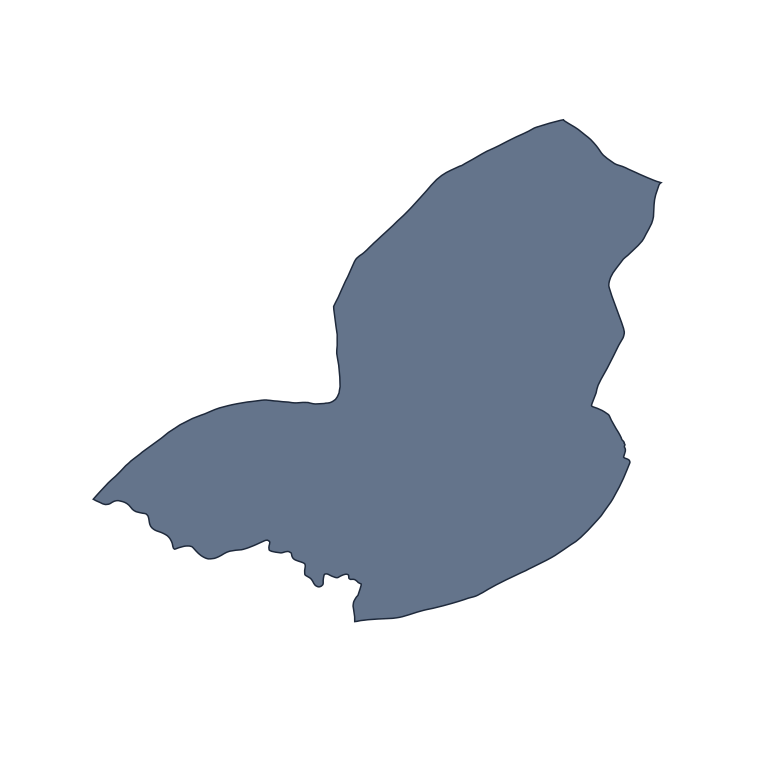 Cho Moi, An Giang, Vietnam, rotated 81°
{"feature_id": "81297802B9073555262789", "entity_name": "Cho Moi", "entity_type": "district", "adm_level": 2, "iso_a3": "VNM", "parent_name": "Vietnam", "parent_adm1": "An Giang", "projection": "equal_earth", "projection_center": [105.483, 10.456], "detail": "fine", "context": "isolated", "style": "filled", "palette": "slate", "viewbox_px": 768, "rotation_deg": 81, "n_neighbors": 0, "source": "geoboundaries", "source_scale": "gbopen_adm2", "svg_char_len": 6155}
<svg xmlns="http://www.w3.org/2000/svg" viewBox="0 0 768 768"><g transform="rotate(81 384 384)"><path d="M184.9,289.4L187.1,294.5L190.3,300.0L195.1,306.3L200.2,312.3L206.9,320.6L213.7,329.1L217.4,334.0L220.6,338.4L225.2,345.3L229.0,350.6L237.7,363.7L240.9,368.4L243.1,371.8L247.4,377.9L248.9,379.9L251.3,383.6L252.1,385.0L253.5,388.0L254.7,390.0L255.6,391.4L256.5,392.4L258.3,393.9L262.7,396.8L272.3,403.0L276.1,405.8L284.6,411.4L291.3,415.7L295.9,419.1L299.5,421.6L302.2,421.9L309.2,422.1L319.4,422.4L327.9,422.5L332.1,423.2L338.6,424.2L343.4,425.4L346.4,425.9L351.6,425.9L358.4,425.8L370.5,426.6L379.8,427.8L383.2,429.0L385.8,429.8L389.2,432.0L391.6,434.3L392.9,436.8L393.6,438.7L394.0,440.7L394.0,442.6L393.8,444.6L393.9,446.1L393.0,454.9L392.4,457.1L391.1,460.4L390.5,461.6L390.2,462.9L389.5,466.9L389.0,473.1L388.7,475.1L388.0,477.9L386.9,481.3L385.7,486.6L384.3,491.7L383.5,495.2L382.4,498.9L381.8,501.4L381.4,502.7L381.1,504.6L380.9,507.3L380.8,511.0L380.6,517.6L380.4,521.8L380.5,531.6L380.7,537.0L381.0,541.2L381.9,550.3L382.8,555.1L384.0,560.0L385.5,565.9L386.1,569.3L388.1,578.6L392.3,591.6L398.1,604.5L402.7,612.4L405.2,617.3L413.4,633.4L415.0,636.0L419.0,643.4L420.5,646.1L422.2,648.5L424.3,651.9L428.9,657.8L433.1,663.6L435.9,668.0L438.4,671.7L445.8,681.2L448.2,684.2L452.3,689.2L454.3,686.6L456.6,683.0L458.2,680.8L458.9,679.4L459.5,677.9L459.6,676.3L459.6,674.6L459.2,673.0L458.3,671.0L457.6,668.8L457.4,666.6L457.6,664.7L458.3,662.9L459.4,660.3L460.5,658.4L462.0,656.5L463.9,654.8L468.4,652.1L470.0,650.6L471.3,648.9L472.7,645.7L473.8,642.8L474.5,640.5L475.2,639.2L476.1,638.5L477.6,637.7L479.1,637.5L480.3,637.4L484.0,637.4L485.7,637.3L487.8,636.8L488.8,636.3L489.7,635.8L491.2,634.5L492.3,633.3L493.4,631.7L495.7,627.4L497.0,625.4L498.4,623.5L500.0,621.7L501.8,620.4L503.2,619.6L505.7,618.7L507.6,618.2L509.5,618.0L511.0,618.0L513.1,617.7L513.9,617.2L514.4,616.6L514.3,615.7L513.6,612.3L513.1,607.9L513.0,606.1L513.1,604.5L513.3,603.0L513.6,601.5L514.0,600.5L514.5,599.4L514.9,598.9L515.8,598.2L519.5,595.8L522.3,593.8L525.0,591.4L526.6,589.5L527.9,587.7L528.4,586.8L528.9,585.8L529.3,584.6L529.6,582.2L529.7,578.9L529.5,577.6L529.2,576.2L528.8,574.6L527.7,571.3L526.6,568.7L525.6,565.7L525.2,563.6L525.0,562.3L525.0,561.1L525.0,558.7L525.0,556.4L525.4,550.8L525.3,549.1L524.8,545.3L524.4,543.1L523.8,540.5L523.2,537.8L522.5,535.1L521.5,531.6L520.0,526.1L519.9,525.3L519.9,524.3L520.0,523.6L520.3,523.1L520.9,522.5L521.5,521.8L522.0,521.6L522.5,521.6L523.0,521.7L524.5,522.2L525.8,522.8L527.5,523.3L529.5,523.4L530.1,523.3L530.6,522.8L531.1,522.1L531.8,520.9L532.2,519.8L533.1,517.5L534.7,512.2L534.7,511.5L534.7,510.5L534.3,507.9L534.3,506.6L534.3,505.8L534.4,505.0L534.7,504.2L535.6,503.0L536.0,502.5L536.3,502.2L536.9,502.0L539.5,501.9L541.0,501.5L541.9,501.1L542.7,500.5L543.4,499.8L544.3,498.5L545.7,496.0L546.8,493.8L547.7,492.2L548.2,491.4L548.9,490.7L549.4,490.3L550.3,490.2L551.3,490.2L552.2,490.4L556.0,491.6L559.3,492.0L559.9,491.9L560.4,491.7L561.1,491.0L563.7,487.8L564.8,486.8L565.9,486.1L567.0,485.6L567.9,485.2L569.5,484.7L571.1,484.0L572.1,483.4L572.7,482.8L573.5,481.7L574.0,480.8L574.2,479.9L574.2,479.3L574.1,478.5L573.8,477.5L573.2,476.6L572.8,476.0L572.1,475.5L571.5,475.3L570.5,475.1L568.5,474.8L566.3,474.2L564.1,473.4L563.2,473.0L562.7,472.5L562.5,472.0L562.5,471.4L562.5,470.9L562.6,470.2L562.8,469.7L563.3,468.8L565.5,465.8L566.3,464.4L567.3,462.6L567.8,461.5L568.0,460.3L567.9,459.6L567.0,457.3L566.6,456.0L566.2,454.5L566.0,453.2L565.9,452.0L565.9,451.4L566.0,450.7L566.3,450.0L566.6,449.5L567.0,449.1L567.3,449.0L567.8,448.9L570.1,449.1L570.5,449.0L570.8,448.8L571.3,448.3L571.7,447.8L571.8,447.2L572.0,445.5L572.1,444.9L572.4,444.0L572.8,443.3L573.3,442.7L575.1,441.1L576.0,440.6L576.8,439.5L578.0,437.8L579.1,438.0L582.9,439.8L588.1,442.5L588.8,442.9L589.9,444.4L591.3,445.7L593.6,447.5L594.8,448.2L596.6,448.8L598.5,449.3L602.5,449.3L609.3,449.4L614.1,450.1L614.2,447.8L614.0,444.3L614.2,439.9L614.3,436.8L615.1,427.5L616.8,412.0L616.9,408.0L616.9,405.4L616.7,402.2L615.8,395.4L615.2,391.5L614.5,387.0L614.1,383.6L613.7,380.0L613.5,377.3L613.2,370.8L612.3,360.4L611.3,351.4L610.4,344.5L609.5,338.6L608.7,334.2L608.4,331.2L608.2,328.9L607.8,326.4L607.2,324.2L606.2,321.5L605.5,319.3L603.1,313.4L599.9,304.5L596.4,293.6L594.1,285.7L591.9,278.3L590.5,273.1L589.4,270.0L588.1,265.7L585.9,258.7L583.5,251.1L581.6,245.7L580.2,242.1L575.8,232.6L572.0,224.7L569.6,219.2L566.3,213.7L560.7,205.8L555.5,199.2L550.6,193.1L548.1,190.1L543.2,185.4L536.1,178.4L533.2,175.9L522.5,167.7L514.7,162.3L507.6,157.9L500.3,153.5L499.6,153.3L498.6,153.4L497.7,153.7L497.1,154.2L496.5,154.9L495.8,156.0L494.9,157.7L494.3,158.4L493.8,158.8L493.6,158.8L491.0,157.5L488.0,156.1L486.2,155.8L485.6,155.9L484.8,156.1L484.0,156.4L483.7,156.4L483.2,156.3L482.7,156.1L482.4,156.0L482.0,155.6L481.5,155.5L481.3,155.5L480.1,156.1L479.9,156.1L479.5,155.9L479.2,156.0L478.5,156.2L478.0,156.5L476.1,157.8L474.2,158.1L471.3,159.0L468.3,160.1L464.3,161.8L455.4,165.1L451.0,166.3L449.4,167.0L446.0,170.6L444.2,172.8L441.4,177.1L439.2,181.2L438.4,182.2L438.0,182.4L437.6,182.4L436.2,181.8L426.0,175.9L422.3,174.5L418.7,172.7L413.3,168.9L403.4,161.1L392.4,153.1L382.6,146.2L375.7,140.6L374.0,139.7L371.7,138.8L370.1,138.5L366.6,138.7L360.5,139.7L332.7,145.2L324.0,146.5L322.1,146.6L319.8,146.1L317.4,145.2L314.0,143.4L310.0,140.4L305.9,136.3L298.1,128.1L296.6,125.8L295.0,123.0L287.0,111.4L283.1,106.6L280.6,104.4L277.0,101.8L272.5,98.3L267.2,94.5L264.0,92.9L261.0,91.7L249.1,89.2L244.3,87.9L239.7,86.1L230.5,81.3L229.6,80.5L229.0,79.8L228.5,78.8L226.5,83.0L224.7,86.1L221.6,91.2L216.7,98.9L214.8,101.7L210.1,108.9L208.3,111.4L206.4,114.5L203.8,119.7L202.4,121.8L199.9,124.4L196.1,128.3L192.3,131.6L189.9,133.1L184.8,135.5L182.0,137.0L178.6,139.1L174.9,141.6L172.5,143.6L169.7,146.2L163.1,152.2L160.4,155.1L155.5,161.0L152.8,164.1L151.6,165.3L151.3,165.4L151.1,165.4L151.2,168.5L152.3,179.7L154.2,193.2L154.7,195.6L156.9,201.6L158.8,208.0L160.6,214.7L163.5,224.0L166.6,233.3L168.1,238.3L170.2,246.0L172.1,251.3L176.1,261.6L178.8,269.1L180.4,273.1L180.7,275.2L183.3,284.4L184.9,289.4Z" fill="#64748b" stroke="#1e293b" stroke-width="1.5"/></g></svg>